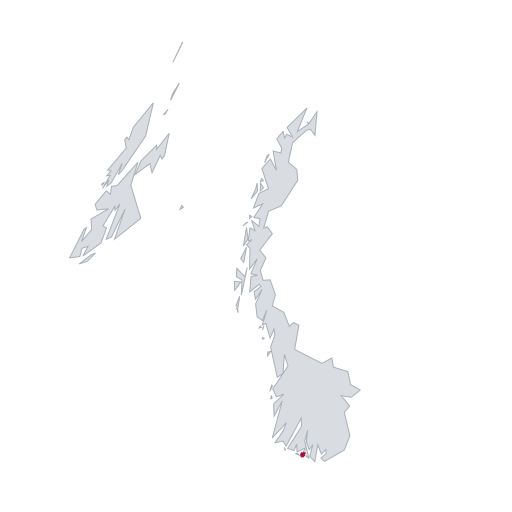 Austevoll nor, Norway shown in context, rotated 299°
{"feature_id": "86288312B29393912466053", "entity_name": "Austevoll nor", "entity_type": "district", "adm_level": 2, "iso_a3": "NOR", "parent_name": "Norway", "parent_adm1": "", "projection": "natural_earth1", "projection_center": [5.173, 60.063], "detail": "fine", "context": "in_parent", "style": "filled", "palette": "rose", "viewbox_px": 512, "rotation_deg": 299, "n_neighbors": 0, "source": "geoboundaries", "source_scale": "gbopen_adm2", "svg_char_len": 6413}
<svg xmlns="http://www.w3.org/2000/svg" viewBox="0 0 512 512"><g transform="rotate(299 256 256)"><path d="M301.3,245.3L284.0,249.2L287.1,251.8L283.4,259.5L263.0,256.4L259.2,265.6L245.5,266.7L238.2,274.0L242.0,279.9L231.6,291.7L220.2,294.5L220.2,307.7L210.6,319.2L216.0,321.1L216.2,327.1L193.0,335.1L194.0,365.7L203.6,371.8L196.3,377.6L199.4,392.4L189.4,401.0L189.3,412.1L178.6,407.8L175.2,398.1L170.2,410.7L162.1,409.0L144.3,425.2L129.1,427.3L109.6,415.5L110.8,410.7L117.2,413.1L120.6,410.9L114.4,409.2L121.0,401.5L104.6,407.1L106.8,400.1L118.6,397.2L112.3,396.5L117.6,390.3L128.5,385.7L117.7,388.4L104.8,400.2L105.5,392.7L111.8,392.1L104.6,386.8L111.2,382.8L104.4,383.6L103.0,377.0L129.0,378.4L136.2,374.1L104.3,374.5L107.2,369.6L102.0,363.1L115.8,364.6L124.9,363.3L104.7,358.5L142.0,349.2L124.8,349.4L135.3,343.2L148.7,347.3L142.7,342.2L147.8,335.1L175.3,337.3L183.7,328.6L166.4,336.5L160.2,333.4L183.5,312.9L196.0,310.9L200.9,307.1L191.2,308.0L201.8,297.3L198.6,295.0L213.8,291.8L202.6,292.9L203.4,286.4L213.9,278.9L229.8,277.5L217.8,276.5L223.9,271.7L231.8,275.2L232.8,272.5L221.6,268.0L235.8,261.5L239.9,266.9L238.0,260.1L254.1,258.4L241.5,256.7L259.7,247.1L261.2,242.2L268.5,244.6L265.4,241.9L277.7,237.1L277.7,242.9L285.0,234.9L283.4,244.2L290.7,241.4L288.6,235.4L304.8,236.6L296.7,230.5L312.2,228.3L320.9,234.3L335.4,218.7L347.8,221.6L340.7,232.4L356.1,220.1L358.2,227.8L362.8,226.2L368.5,217.4L378.1,219.2L373.1,223.7L377.5,223.9L377.7,230.3L383.6,220.9L410.2,228.8L384.9,231.8L396.8,238.0L411.7,239.4L390.0,249.1L393.2,242.2L390.4,239.1L372.8,233.1L353.8,238.8L351.5,249.6L342.7,255.8L312.1,253.8L301.3,245.3ZM223.1,90.2L240.4,93.4L239.4,98.8L246.8,95.9L250.4,100.4L280.7,107.3L257.2,112.2L233.1,137.0L202.1,124.1L233.6,118.7L202.8,120.4L198.0,116.9L235.6,111.7L227.6,110.5L231.0,108.4L208.2,107.6L208.0,111.7L192.0,114.1L172.0,104.5L183.2,104.5L178.3,100.0L170.2,102.2L164.0,93.9L196.1,92.6L198.7,93.9L184.2,96.4L199.5,99.4L208.4,93.8L225.8,104.2L219.1,94.6L223.1,90.2ZM259.4,84.7L287.5,90.2L294.1,84.8L297.4,85.4L295.9,88.4L309.2,86.3L340.2,92.0L307.3,101.3L265.6,97.4L260.5,96.1L272.1,94.1L250.0,93.9L244.7,91.7L250.9,90.3L240.7,89.0L255.9,89.3L253.8,86.6L260.1,87.9L259.4,84.7ZM283.4,109.3L304.5,115.3L301.2,117.4L321.3,120.6L299.4,127.3L295.2,126.7L297.5,123.4L278.4,124.7L285.4,118.4L268.7,110.8L283.4,109.3ZM232.4,256.3L241.7,253.9L214.7,262.1L228.2,255.4L228.5,248.8L236.0,245.2L232.4,256.3ZM246.3,243.9L259.1,243.4L244.4,248.4L246.3,243.9ZM258.6,240.2L276.4,233.8L267.3,240.5L258.6,240.2ZM163.3,105.2L177.4,111.4L180.8,114.2L169.7,111.0L163.3,105.2ZM223.3,249.5L225.9,255.4L215.6,254.0L223.3,249.5ZM320.2,221.6L313.6,225.8L303.5,224.0L314.8,223.2L320.2,221.6ZM321.9,224.6L319.3,229.5L314.9,228.2L321.9,224.6ZM203.2,262.5L213.0,261.2L202.5,265.1L203.2,262.5ZM406.9,88.3L385.2,89.4L407.6,88.0L406.9,88.3ZM357.2,104.3L370.2,105.1L350.8,105.8L357.2,104.3ZM341.8,218.3L349.1,217.2L351.6,218.2L341.8,218.3ZM326.6,223.4L325.4,226.0L323.2,223.8L326.6,223.4ZM288.4,230.5L288.6,233.2L285.7,232.2L288.4,230.5ZM264.2,166.5L263.5,168.9L259.9,166.9L264.2,166.5ZM341.7,107.9L335.7,107.6L335.0,106.7L341.7,107.9ZM177.6,312.9L179.7,315.1L174.2,314.6L177.6,312.9ZM275.9,230.0L279.7,231.0L281.9,232.5L275.9,230.0ZM244.3,86.2L247.0,87.7L243.1,87.1L244.3,86.2ZM150.4,333.4L144.2,333.7L150.7,332.3L150.4,333.4ZM141.5,337.2L139.2,339.1L138.2,338.1L141.5,337.2ZM200.9,265.7L197.7,267.8L201.1,264.3L200.9,265.7ZM103.5,387.7L102.8,390.9L102.3,386.8L103.5,387.7ZM196.1,295.4L194.6,293.6L196.6,293.7L196.1,295.4ZM398.0,235.5L397.6,237.6L397.3,237.3L398.0,235.5ZM197.9,297.1L194.4,297.5L198.6,296.7L197.9,297.1ZM187.7,301.2L188.1,303.0L186.4,302.4L187.7,301.2ZM101.8,374.3L100.3,376.2L100.6,374.7L101.8,374.3Z" fill="#d9dde1" stroke="#a8b0b8" stroke-width="1"/><path d="M105.6,392.1L105.4,392.1L105.5,392.2L105.5,392.3L105.6,392.5L105.8,392.7L105.7,392.7L105.8,392.8L105.7,392.9L105.8,393.0L106.0,393.0L105.9,393.1L105.9,393.3L105.9,393.2L106.0,393.2L106.1,393.3L106.1,393.2L106.1,393.3L106.1,393.5L106.0,393.4L105.9,393.4L105.9,393.5L106.0,393.5L105.9,393.5L105.7,393.5L105.7,393.4L105.8,393.4L105.7,393.4L105.6,393.2L105.4,392.8L105.5,393.0L105.5,392.9L105.4,393.0L105.5,393.0L105.4,393.0L105.4,392.9L105.3,393.0L105.2,393.3L105.4,393.2L105.5,393.0L105.5,393.3L105.4,393.4L105.2,393.3L105.2,393.5L105.3,393.5L105.5,393.5L105.4,393.6L105.5,393.6L105.4,393.8L105.5,393.9L105.6,394.0L105.9,394.1L106.0,394.1L106.3,394.1L106.2,394.1L106.0,394.3L106.3,394.3L106.2,394.2L106.3,394.2L106.2,394.1L106.3,394.2L106.5,394.1L106.6,393.9L106.6,394.0L106.4,394.0L106.5,393.9L106.8,393.8L106.7,393.7L106.8,393.7L106.7,393.5L106.8,393.5L106.7,393.4L106.8,393.4L106.8,393.2L106.7,393.0L106.7,392.9L106.4,392.8L106.3,392.7L106.2,392.8L106.3,392.8L106.3,393.1L106.2,393.0L106.2,392.9L106.2,393.0L106.2,392.8L106.3,392.8L106.1,392.8L106.1,392.7L106.0,392.4L105.9,392.3L105.7,392.3L105.6,392.1L105.8,392.2L105.6,392.1ZM105.4,393.9L105.2,393.9L105.3,393.9L105.2,394.0L105.3,394.0L105.0,393.9L105.0,394.0L104.9,394.0L104.6,394.1L104.4,394.2L104.2,394.2L104.2,394.3L104.3,394.5L104.2,394.5L104.3,394.4L104.4,394.5L104.5,394.7L104.9,394.7L105.0,394.7L105.4,394.6L105.5,394.5L105.6,394.4L105.6,394.2L105.4,393.9ZM104.8,391.6L104.6,391.7L104.8,391.7L104.6,391.8L104.4,391.8L104.4,392.0L104.5,392.0L104.5,391.9L104.5,392.1L104.6,392.4L104.7,392.5L104.8,392.5L104.7,392.6L104.8,392.6L105.0,392.7L105.1,392.4L104.8,392.3L105.0,392.2L104.9,392.2L105.0,392.1L104.8,392.0L104.7,392.0L104.8,392.0L104.7,391.9L104.8,392.0L104.8,391.9L104.8,392.0L104.9,391.9L105.0,391.9L104.8,391.8L104.8,391.7L104.8,391.6ZM103.3,393.9L103.2,393.9L103.3,394.0L103.5,394.0L103.5,393.9L103.7,394.0L103.9,394.0L103.7,394.1L103.5,394.3L103.4,394.3L103.5,394.3L103.8,394.4L103.8,394.5L104.1,394.5L104.0,394.4L104.0,394.5L104.0,394.4L104.1,394.2L103.9,394.0L103.7,393.9L103.3,393.9ZM103.9,391.8L103.4,392.0L103.5,392.1L103.4,392.2L103.6,392.2L103.6,392.3L103.6,392.2L103.6,392.3L103.7,392.2L103.8,392.1L104.0,392.1L104.1,391.9L103.9,391.8ZM104.1,392.5L104.3,392.6L104.2,392.7L104.3,392.7L104.2,392.8L104.3,392.8L104.4,392.7L104.2,392.5L104.1,392.5ZM104.2,393.1L103.9,393.0L104.1,393.1L103.9,393.1L104.1,393.2L104.1,393.3L104.1,393.2L104.2,393.1ZM105.6,391.6L105.4,391.6L105.5,391.6L105.4,391.6L105.5,391.7L105.5,391.8L105.6,391.6ZM105.4,392.9L105.3,393.0L105.2,393.0L105.1,393.3L105.3,393.0L105.4,392.9L105.4,392.9Z" fill="#f43f5e" stroke="#9f1239" stroke-width="1.5"/></g></svg>